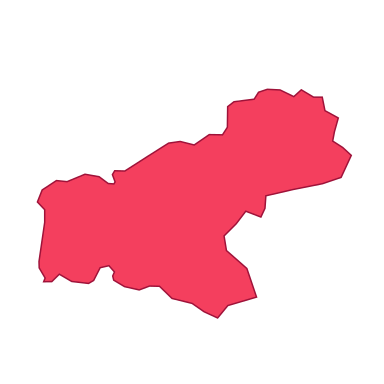 outline of Cheshire East, rotated 190°
{"feature_id": "GBR-5706", "entity_name": "Cheshire East", "entity_type": "Unitary Authority", "adm_level": 1, "iso_a3": "GBR", "parent_name": "United Kingdom", "parent_adm1": "", "projection": "robinson", "projection_center": [-2.299, 53.164], "detail": "fine", "context": "isolated", "style": "filled", "palette": "rose", "viewbox_px": 384, "rotation_deg": 190, "n_neighbors": 0, "source": "natural_earth", "source_scale": "10m", "svg_char_len": 1036}
<svg xmlns="http://www.w3.org/2000/svg" viewBox="0 0 384 384"><g transform="rotate(190 192 192)"><path d="M322.5,77.9L321.7,81.8L329.3,90.7L330.6,97.0L331.8,136.6L334.0,149.0L342.5,155.3L339.9,168.0L327.5,179.7L316.8,180.5L300.5,190.9L286.1,190.9L276.0,185.8L270.3,186.4L269.5,188.6L273.4,195.3L271.8,199.5L261.8,201.0L241.5,219.7L224.7,235.0L223.5,236.1L212.4,239.7L198.0,238.7L185.0,251.5L171.9,253.6L168.4,261.9L171.7,282.3L166.3,288.2L146.9,294.2L143.8,301.8L135.7,306.2L123.0,307.8L108.3,303.6L102.1,311.6L88.7,306.5L80.2,308.0L75.2,295.2L60.8,290.3L62.2,276.0L62.3,266.6L51.3,262.0L41.5,255.7L47.7,232.3L64.8,222.9L92.9,212.0L118.6,201.1L117.3,188.6L119.8,179.3L135.7,182.4L143.0,168.3L152.8,154.3L147.9,140.3L124.7,126.2L110.2,99.7L137.0,86.4L142.5,76.6L144.9,72.4L159.4,76.2L172.5,82.3L193.2,83.7L207.6,93.5L217.5,92.0L227.0,86.4L242.0,87.1L253.8,91.6L255.5,95.5L254.5,99.8L261.0,105.0L269.3,101.5L273.5,87.8L278.0,84.0L294.9,83.0L308.4,88.0L314.5,79.4L322.5,77.9Z" fill="#f43f5e" stroke="#9f1239" stroke-width="1.5"/></g></svg>